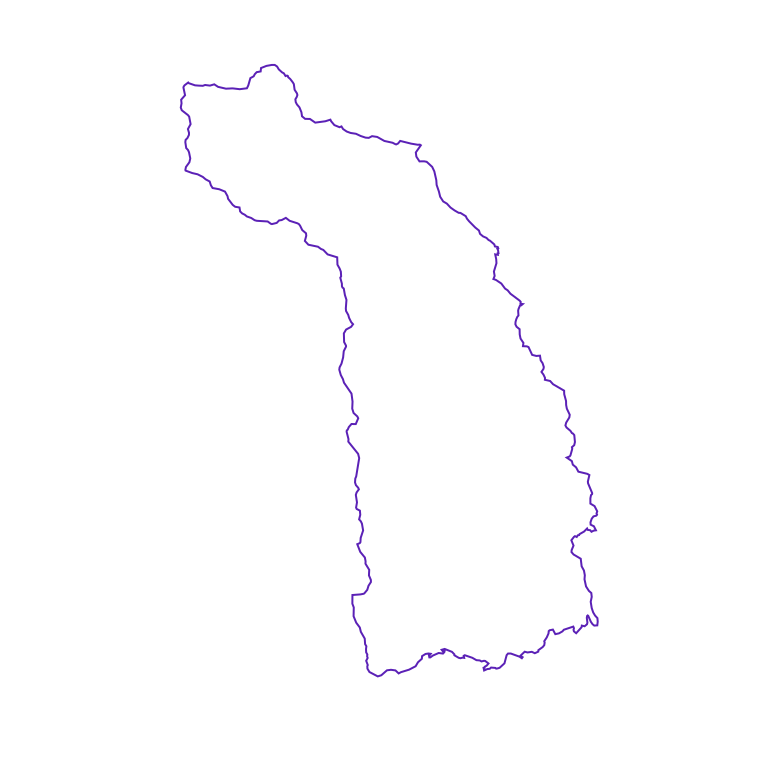 Zemes, Bacau, Romania, rotated 13°
{"feature_id": "2599482B35780038076699", "entity_name": "Zemes", "entity_type": "district", "adm_level": 2, "iso_a3": "ROU", "parent_name": "Romania", "parent_adm1": "Bacau", "projection": "natural_earth1", "projection_center": [26.408, 46.58], "detail": "fine", "context": "isolated", "style": "outline", "palette": "violet", "viewbox_px": 768, "rotation_deg": 13, "n_neighbors": 0, "source": "geoboundaries", "source_scale": "gbopen_adm2", "svg_char_len": 6162}
<svg xmlns="http://www.w3.org/2000/svg" viewBox="0 0 768 768"><g transform="rotate(13 384 384)"><path d="M621.0,463.4L620.2,462.3L620.4,460.1L616.6,455.6L612.0,454.1L610.8,449.0L610.7,445.7L611.5,444.5L611.4,443.5L605.2,434.9L604.6,433.3L604.6,426.5L602.3,425.8L593.1,425.7L589.9,422.0L586.1,420.1L584.4,416.9L578.6,414.6L581.2,412.8L581.7,411.6L582.0,405.5L581.9,404.4L581.3,403.3L583.1,400.8L583.1,397.6L580.9,391.0L579.3,389.8L578.1,389.5L576.2,387.7L571.6,385.3L570.1,383.6L570.2,380.6L572.1,374.9L571.9,372.2L567.7,366.9L566.2,363.5L565.2,359.6L561.9,353.4L561.0,350.0L548.8,346.2L545.2,343.7L539.8,343.7L539.5,341.8L537.3,339.0L534.7,336.8L536.0,333.4L535.9,331.5L533.8,328.0L531.4,325.8L529.6,321.3L526.1,322.4L521.8,322.3L516.5,315.5L514.7,315.2L510.9,315.9L510.6,312.6L506.8,309.0L505.1,305.2L503.8,300.1L500.3,298.4L498.6,296.3L498.2,294.0L498.3,291.2L498.8,288.6L499.6,287.0L498.2,282.4L498.2,280.7L498.8,277.2L500.0,276.5L501.2,274.9L498.9,275.1L498.7,273.2L497.5,272.3L486.9,267.6L483.4,264.9L480.5,263.8L475.7,259.7L469.6,257.4L467.0,257.1L467.5,253.8L465.8,249.7L466.4,241.0L465.2,237.0L463.2,232.7L465.9,232.5L465.4,231.1L466.1,230.8L465.0,227.9L464.0,226.7L464.8,226.1L464.0,224.9L461.1,225.0L460.1,223.2L455.0,220.5L453.5,220.2L451.0,218.6L447.3,217.9L443.8,216.1L442.0,213.1L437.7,211.0L430.3,206.3L427.6,204.2L425.9,202.1L420.0,200.1L418.2,200.4L413.7,199.0L409.1,197.1L404.7,194.1L400.6,192.8L396.6,188.9L394.2,184.1L390.5,178.2L389.1,173.6L385.2,165.5L382.1,161.6L375.6,157.9L373.0,158.0L368.5,159.1L364.4,155.2L362.9,151.2L366.2,143.1L365.1,142.7L363.0,143.3L356.3,143.7L345.1,143.5L343.6,146.5L342.0,147.8L341.2,147.8L338.1,147.0L329.7,147.1L321.8,144.8L316.6,145.2L313.8,147.6L310.6,148.1L305.5,147.6L300.4,146.5L295.0,146.9L290.9,146.4L286.8,144.8L284.6,142.6L282.9,143.8L277.4,142.9L273.4,139.9L272.3,138.5L267.7,141.2L258.2,144.8L252.2,142.4L247.5,143.4L243.9,141.6L242.4,137.8L239.4,133.5L236.3,131.2L234.6,129.2L233.6,126.5L234.4,124.0L234.6,121.9L233.8,120.4L230.7,117.4L228.7,112.1L227.5,110.8L224.0,107.9L221.6,106.6L221.0,105.5L220.1,105.3L218.8,106.1L216.5,103.8L214.6,103.3L210.7,101.1L208.4,98.7L205.8,97.7L203.0,98.3L197.9,100.5L193.1,103.8L193.5,107.2L189.8,108.8L188.4,111.2L187.8,113.5L185.0,116.0L184.6,123.6L183.9,126.7L177.1,129.2L170.0,130.0L163.6,131.8L155.5,131.8L151.2,130.2L147.3,132.4L142.4,132.9L140.4,134.2L136.0,135.0L132.7,135.5L126.0,134.8L125.4,134.3L122.5,137.8L121.9,139.3L121.9,140.3L125.2,147.4L122.4,152.6L123.6,156.1L123.8,160.4L125.4,162.8L132.5,166.1L134.0,167.3L137.1,174.3L135.6,179.7L137.5,183.1L137.9,185.2L137.1,188.7L135.8,190.7L136.0,193.0L138.2,198.6L140.4,200.1L141.9,202.1L144.5,207.8L144.5,211.7L142.2,217.1L142.3,220.1L142.7,220.7L149.7,221.6L155.2,221.6L160.9,223.0L164.2,224.7L168.6,225.9L170.6,229.3L172.9,231.6L179.7,231.3L185.8,232.3L189.3,236.2L190.4,238.6L196.3,243.5L199.1,244.8L203.5,244.5L205.0,248.2L207.4,249.7L210.3,250.4L212.7,251.6L217.3,252.1L221.1,253.5L223.3,253.6L234.1,251.8L237.6,253.3L238.8,253.4L243.2,251.2L245.0,248.2L247.4,247.3L251.0,244.2L255.3,246.2L263.6,246.9L265.2,247.4L266.7,248.7L269.7,252.4L274.1,254.7L274.9,257.0L274.7,262.4L279.0,265.3L288.8,265.1L292.2,266.6L294.7,267.0L299.9,270.4L309.9,271.1L311.8,278.2L314.8,281.5L316.7,284.3L318.0,288.7L317.5,290.3L320.4,295.7L321.0,298.1L321.8,299.3L323.3,300.0L325.9,306.1L328.5,310.5L329.8,319.0L330.6,321.4L333.6,324.7L335.1,327.4L338.1,331.1L340.4,332.7L339.1,335.7L334.8,339.5L333.5,343.7L335.7,352.1L338.3,355.1L338.6,356.1L337.4,361.1L338.2,367.3L338.0,373.7L337.0,377.8L337.2,380.1L339.9,385.0L342.9,388.5L344.7,391.7L354.5,400.7L357.3,408.2L358.6,415.2L360.9,419.1L365.3,421.6L366.6,423.2L365.5,429.4L361.3,430.3L359.4,433.9L358.9,436.7L358.2,437.6L358.3,438.9L361.8,445.7L362.2,448.2L374.5,457.9L376.5,461.8L377.7,480.3L377.3,482.6L377.9,486.4L379.4,488.9L382.2,490.9L383.2,492.3L381.7,495.8L381.5,498.4L384.3,505.4L384.6,510.7L385.5,511.9L389.0,512.8L390.3,516.8L390.2,521.5L392.3,523.0L393.9,525.0L396.6,531.4L395.9,539.2L396.6,543.4L396.2,544.5L394.0,546.1L398.6,552.9L404.4,557.4L405.9,560.8L406.4,563.3L411.4,568.4L412.4,573.9L415.3,577.9L415.8,579.9L414.3,584.0L414.0,588.3L412.1,592.1L411.5,592.9L408.4,594.3L400.7,596.7L402.6,605.2L404.8,608.5L406.6,617.1L410.6,622.8L415.2,626.7L417.2,630.7L422.5,636.4L424.1,641.7L425.8,643.5L426.1,646.3L427.0,649.5L428.6,651.3L428.8,653.1L429.7,654.6L428.9,657.7L431.4,661.5L431.2,662.7L431.9,665.1L434.6,667.9L443.7,670.3L446.9,668.4L451.3,662.3L455.1,660.9L459.6,660.5L463.4,662.7L465.3,661.0L472.7,656.7L478.3,651.9L479.7,647.5L482.7,643.2L482.3,640.6L485.2,637.7L487.9,636.6L490.2,636.4L489.7,637.6L488.8,638.2L489.7,640.2L490.6,640.0L492.7,637.6L497.8,633.8L502.1,633.4L503.1,631.7L503.1,630.6L501.7,631.4L500.0,630.0L502.7,628.5L510.5,629.7L513.4,631.6L513.6,632.5L518.4,634.0L520.2,634.0L522.2,632.9L523.7,632.8L522.8,630.9L523.7,630.1L531.6,630.9L536.2,632.3L539.5,631.8L541.4,632.4L543.7,631.2L544.9,631.1L548.7,632.8L547.4,635.3L545.7,636.9L545.8,637.9L544.9,638.2L546.0,640.6L548.8,638.5L551.1,637.7L552.1,636.2L556.4,635.6L557.3,636.1L558.6,635.6L560.5,634.5L564.2,629.1L564.5,620.6L565.5,618.7L568.2,618.1L577.4,619.2L580.0,620.2L580.5,619.0L578.0,618.2L581.3,613.2L584.2,613.3L588.3,611.7L591.5,612.4L594.5,610.1L594.3,608.6L597.8,604.6L598.9,602.4L598.7,599.8L598.0,598.6L599.6,594.3L600.4,590.1L600.1,587.7L600.8,586.7L603.8,585.3L607.2,589.2L610.6,587.6L613.5,584.9L614.5,583.0L623.0,577.8L624.0,579.2L624.0,580.9L624.7,582.3L627.3,583.6L631.2,576.6L631.1,574.9L634.0,574.9L635.8,572.5L635.9,570.8L634.2,566.2L634.1,564.3L634.5,563.7L635.1,563.9L639.0,569.1L641.2,571.1L643.2,572.1L646.1,571.2L645.7,567.5L644.6,564.1L641.7,562.1L639.2,559.5L636.8,555.6L634.4,549.7L634.3,544.7L633.0,541.0L630.2,539.5L626.4,535.8L623.3,529.2L622.7,525.2L620.8,520.8L617.6,517.2L615.0,510.0L607.1,507.5L604.5,505.6L604.2,503.7L605.0,498.8L601.7,494.1L603.5,490.2L604.3,489.3L606.2,489.7L606.9,487.8L608.1,487.3L608.3,486.3L612.1,482.8L614.4,479.1L615.3,480.3L617.8,480.1L619.4,481.3L621.3,479.7L623.4,478.9L620.5,475.4L617.0,474.6L616.3,472.3L616.7,468.5L617.9,465.9L620.5,464.5L621.0,463.4Z" fill="none" stroke="#5b21b6" stroke-width="2"/></g></svg>